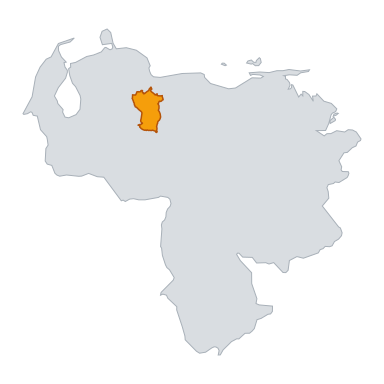 where Cojedes sits in Venezuela
{"feature_id": "VEN-32", "entity_name": "Cojedes", "entity_type": "State", "adm_level": 1, "iso_a3": "VEN", "parent_name": "Venezuela", "parent_adm1": "", "projection": "robinson", "projection_center": [-68.34, 9.331], "detail": "fine", "context": "in_parent", "style": "filled", "palette": "amber", "viewbox_px": 384, "rotation_deg": 0, "n_neighbors": 0, "source": "natural_earth", "source_scale": "10m", "svg_char_len": 7028}
<svg xmlns="http://www.w3.org/2000/svg" viewBox="0 0 384 384"><path d="M356.3,132.0L361.0,138.9L360.5,140.5L357.6,142.1L356.0,146.0L352.3,147.7L347.3,152.4L344.0,152.8L338.9,160.7L341.7,166.8L341.1,169.9L342.3,171.5L348.3,171.7L348.9,173.3L348.1,175.8L347.1,177.5L339.0,182.5L335.1,182.0L333.5,183.5L328.3,184.6L326.9,187.6L328.2,191.6L328.8,198.2L322.3,206.0L338.6,226.9L340.4,228.0L342.1,232.8L341.5,235.7L338.6,239.1L334.5,241.5L332.1,245.8L329.6,246.7L325.2,246.4L323.0,248.7L320.2,249.6L318.3,252.9L303.4,258.2L296.9,256.6L289.4,260.5L288.1,270.3L285.8,272.6L283.0,272.5L273.7,262.6L269.0,264.0L265.8,262.7L256.6,263.0L252.3,257.4L242.7,257.1L239.0,253.2L237.4,253.2L236.6,254.4L240.4,260.7L251.6,272.7L251.7,283.6L256.9,298.7L256.0,303.5L259.1,304.9L272.5,306.1L272.4,311.4L270.6,313.9L267.9,314.3L261.1,318.4L257.0,319.7L254.3,328.6L252.1,331.1L249.6,333.2L245.0,333.3L238.9,338.9L236.7,338.8L231.5,341.6L223.1,349.9L220.3,354.9L218.2,355.0L219.1,350.6L218.0,348.2L216.0,347.0L214.2,346.8L211.8,347.9L205.6,352.2L199.6,353.2L196.4,351.2L185.2,339.8L184.9,336.0L182.3,326.8L176.7,309.9L176.8,306.7L167.8,298.2L166.5,295.2L162.8,294.1L160.5,295.2L161.1,292.4L173.2,280.2L174.2,277.6L169.5,269.8L166.9,267.6L165.5,264.9L162.4,255.4L161.6,248.1L160.6,246.6L161.9,228.9L161.4,225.0L162.3,222.0L164.6,220.0L165.9,216.8L166.2,212.5L167.6,209.0L170.1,206.3L171.0,203.6L169.9,199.2L167.8,197.4L160.5,196.1L158.5,197.4L145.2,199.8L138.6,199.8L133.6,198.7L129.7,199.1L125.3,201.5L123.1,200.1L121.3,200.8L103.8,177.2L97.3,176.7L88.6,173.4L81.7,176.1L78.8,176.3L66.5,175.0L59.7,176.2L56.8,175.0L54.9,173.2L51.8,165.4L47.2,164.1L45.2,161.0L45.9,148.5L48.1,145.1L47.3,139.4L46.7,136.7L40.5,129.7L37.3,116.1L33.2,115.3L32.0,112.4L30.7,111.8L27.4,113.7L23.8,114.4L23.0,113.7L32.1,96.8L35.6,76.9L40.1,67.1L46.2,59.2L51.1,56.9L58.4,43.5L74.3,38.0L70.1,42.0L60.6,44.6L58.4,46.3L58.6,50.7L61.4,57.0L66.2,62.1L64.0,62.6L65.0,67.1L67.3,70.2L67.4,72.2L65.6,78.2L58.3,87.7L54.4,96.0L57.3,101.0L57.8,103.5L63.1,109.6L62.6,112.1L65.0,117.1L68.7,117.8L76.1,114.6L80.0,109.3L80.8,99.1L80.1,95.5L75.6,86.7L72.5,83.3L69.8,75.7L68.6,68.7L70.7,67.1L70.5,63.5L75.6,62.4L86.7,56.5L93.5,55.0L101.3,51.9L104.7,47.7L105.9,47.4L110.0,49.8L112.0,49.0L112.8,47.1L111.7,43.4L102.4,44.7L100.0,37.3L102.1,31.3L107.1,29.0L110.7,32.5L113.1,43.3L116.3,48.8L126.3,47.7L136.3,50.2L147.0,57.9L150.2,65.8L148.9,67.9L149.6,71.2L151.1,74.7L153.5,76.8L160.2,77.4L182.2,73.5L200.7,72.9L204.2,74.5L204.6,77.4L210.5,83.5L228.6,88.8L235.5,88.0L252.0,77.8L260.8,78.1L263.4,76.5L260.1,75.0L252.7,74.4L250.5,75.4L249.2,72.8L259.8,72.0L269.2,72.6L276.9,70.7L282.9,70.7L289.0,69.5L300.5,71.0L309.5,69.8L308.5,71.5L300.7,72.8L297.1,75.3L289.3,74.8L283.8,75.7L285.5,76.4L285.5,78.9L287.1,79.5L289.5,82.6L290.1,85.2L288.2,89.2L290.4,88.8L291.6,87.5L291.6,84.6L292.9,85.1L298.7,97.0L301.1,94.1L302.8,95.9L302.8,91.4L304.7,91.5L308.9,94.5L313.3,101.3L312.5,96.1L316.0,96.0L316.9,93.8L323.9,101.2L331.3,103.4L336.8,108.9L335.6,111.7L332.4,113.1L331.1,114.8L328.7,123.6L325.6,130.5L316.3,130.6L324.2,135.9L326.9,133.7L330.9,133.6L336.7,130.7L344.7,132.0L348.2,129.7L352.5,130.0L356.3,132.0ZM260.4,58.7L261.2,62.4L258.7,65.6L255.3,65.7L252.6,63.6L251.2,64.1L246.6,63.0L247.9,61.0L251.3,60.0L253.8,62.3L255.9,62.4L256.4,60.5L259.3,57.7L260.4,58.7ZM335.2,120.6L330.2,123.5L330.0,120.7L333.8,117.2L335.5,119.3L335.2,120.6ZM226.4,65.1L225.1,65.7L221.4,64.2L222.2,63.2L224.2,63.2L226.4,65.1ZM336.1,115.2L333.2,116.2L334.0,114.1L337.1,113.0L338.3,113.4L336.1,115.2Z" fill="#d9dde1" stroke="#a8b0b8" stroke-width="1"/><path d="M162.2,95.7L162.2,96.5L162.3,96.9L162.4,97.0L163.0,99.0L163.1,99.5L163.0,99.8L162.9,99.8L162.7,99.8L162.4,100.0L161.6,100.9L161.3,101.1L160.8,101.4L160.6,101.4L160.3,101.4L160.2,101.4L159.9,101.3L159.8,101.2L159.7,101.2L159.5,101.3L159.1,101.7L158.8,102.0L158.7,102.3L158.7,102.9L158.7,103.0L158.2,103.4L158.1,103.5L157.9,103.7L157.9,103.8L158.0,103.9L158.2,104.0L158.3,104.4L158.3,104.6L158.5,104.7L158.6,104.8L158.7,105.0L159.0,105.9L159.0,106.2L159.0,106.4L159.0,107.6L159.0,108.4L158.8,109.0L158.5,109.9L158.4,110.2L158.4,110.4L158.5,110.5L159.3,111.7L160.2,114.0L160.6,116.8L160.6,117.1L160.3,118.1L160.1,118.7L159.4,120.1L159.2,120.3L158.8,120.6L158.7,120.7L158.5,121.0L158.2,121.2L158.1,121.3L157.9,121.6L157.8,121.8L157.7,122.1L157.6,123.4L157.2,124.0L156.7,126.3L156.6,126.7L156.7,126.9L156.7,127.0L156.8,127.2L156.8,127.4L156.9,128.2L157.0,128.8L157.0,129.0L156.7,130.0L156.7,130.3L156.6,130.5L156.7,130.8L156.9,131.1L157.0,131.2L157.0,131.3L157.1,131.6L157.1,131.8L157.0,132.0L156.9,132.0L156.6,132.1L156.4,132.4L156.1,132.3L155.9,132.2L155.7,131.8L155.7,131.6L155.6,131.3L155.4,131.2L155.2,131.1L154.8,131.0L154.7,131.0L153.3,130.4L152.8,130.3L152.3,130.2L152.2,130.3L151.9,130.3L151.5,130.5L151.3,130.5L151.0,130.5L149.7,130.3L149.3,130.4L148.8,130.5L148.2,130.3L147.6,130.1L147.3,130.0L147.1,130.0L146.8,130.3L146.6,130.4L146.4,130.4L146.2,130.4L146.0,130.2L145.8,130.2L145.7,130.1L144.8,130.2L144.4,130.2L142.7,129.5L141.2,128.6L140.8,128.2L140.6,127.8L140.4,127.6L140.0,127.4L139.9,127.3L139.9,127.1L139.9,126.9L139.9,126.7L139.8,126.4L139.6,125.9L139.4,125.7L139.0,125.4L138.9,125.4L138.5,125.3L138.3,125.2L138.2,125.1L138.3,125.0L138.5,124.9L139.5,124.6L139.8,124.5L140.0,124.5L140.3,124.7L140.5,124.7L140.8,124.4L141.1,124.3L141.3,124.2L141.4,123.9L141.5,123.7L142.2,123.6L142.3,123.5L142.4,123.3L142.4,123.2L142.2,122.9L141.7,122.7L141.1,122.1L140.7,121.1L140.7,120.7L140.7,120.4L140.8,120.0L141.2,118.3L141.8,114.1L141.9,113.5L141.9,112.8L141.7,112.3L141.3,111.7L140.9,111.3L140.4,110.9L139.9,110.5L139.1,109.9L138.3,109.1L137.7,108.5L137.4,108.2L137.0,107.8L136.5,107.3L135.9,107.1L135.5,106.9L135.2,106.7L134.8,105.3L134.5,105.1L134.4,104.7L134.3,104.2L134.2,103.4L134.1,102.9L133.5,101.9L133.3,100.8L132.8,99.9L132.7,99.2L132.3,98.7L132.2,98.5L132.2,98.2L132.5,97.4L132.5,97.0L132.5,96.7L132.5,96.4L132.6,94.9L134.9,95.0L135.5,95.0L135.6,94.9L135.8,94.7L136.0,94.0L136.4,93.5L136.5,93.3L136.5,93.0L136.6,92.7L136.7,92.3L136.8,92.0L136.9,91.9L137.2,91.8L138.3,91.7L138.8,91.9L139.3,91.8L139.5,91.8L139.8,91.8L140.0,91.8L140.3,91.7L140.5,91.6L140.6,91.4L140.7,91.1L140.8,90.9L141.1,90.6L141.3,90.5L142.2,90.5L142.4,90.6L142.5,90.7L142.5,90.8L142.5,91.0L142.4,91.4L142.3,91.6L142.3,91.9L142.4,92.0L142.5,92.3L142.7,92.5L142.8,92.6L143.0,92.7L143.6,92.9L143.8,93.0L143.7,93.2L143.5,93.3L143.4,93.5L143.5,93.6L143.9,93.8L144.1,93.7L144.4,93.6L144.8,93.4L146.8,91.7L147.7,91.1L148.5,90.7L148.8,90.4L149.0,89.6L149.4,88.8L149.9,88.5L150.5,87.5L150.7,87.3L150.9,87.2L151.0,87.2L151.1,87.3L151.4,88.2L151.5,88.5L151.8,89.0L150.9,89.8L150.6,90.2L150.6,90.4L150.7,90.6L150.8,90.8L150.9,91.2L151.3,91.6L151.6,91.9L153.4,93.2L153.5,93.3L153.7,93.5L153.9,93.7L154.2,93.9L154.6,94.2L154.9,94.7L155.2,94.9L155.3,94.9L155.9,94.5L156.4,94.3L156.9,94.0L157.0,93.9L157.2,94.0L157.3,94.1L157.2,94.4L156.9,94.7L156.9,94.8L157.0,95.3L157.3,95.5L157.5,95.6L158.6,95.8L160.0,95.9L160.3,95.9L161.2,95.8L162.2,95.7Z" fill="#f59e0b" stroke="#b45309" stroke-width="1.5"/></svg>